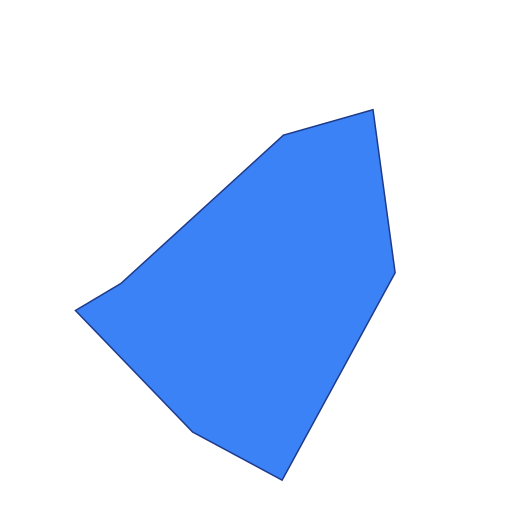 Blanco, Texas, United States of America, rotated 209°
{"feature_id": "52423323B17591428926756", "entity_name": "Blanco", "entity_type": "district", "adm_level": 2, "iso_a3": "USA", "parent_name": "United States of America", "parent_adm1": "Texas", "projection": "orthographic", "projection_center": [-98.374, 30.22], "detail": "fine", "context": "isolated", "style": "filled", "palette": "blue", "viewbox_px": 512, "rotation_deg": 209, "n_neighbors": 0, "source": "geoboundaries", "source_scale": "gbopen_adm2", "svg_char_len": 276}
<svg xmlns="http://www.w3.org/2000/svg" viewBox="0 0 512 512"><g transform="rotate(209 256 256)"><path d="M224.6,440.7L290.6,375.0L360.8,166.6L387.5,120.8L260.2,81.8L226.1,71.3L124.5,72.6L126.2,308.8L224.6,440.7Z" fill="#3b82f6" stroke="#1e3a8a" stroke-width="1.5"/></g></svg>